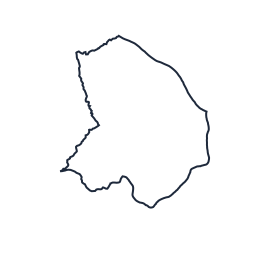 the district of Xienghone, Xaignabouri, Laos, rotated 125°
{"feature_id": "54806243B61496088664088", "entity_name": "Xienghone", "entity_type": "district", "adm_level": 2, "iso_a3": "LAO", "parent_name": "Laos", "parent_adm1": "Xaignabouri", "projection": "mercator", "projection_center": [100.862, 19.697], "detail": "fine", "context": "isolated", "style": "outline", "palette": "slate", "viewbox_px": 256, "rotation_deg": 125, "n_neighbors": 0, "source": "geoboundaries", "source_scale": "gbopen_adm2", "svg_char_len": 5735}
<svg xmlns="http://www.w3.org/2000/svg" viewBox="0 0 256 256"><g transform="rotate(125 128 128)"><path d="M57.8,188.4L58.6,188.5L59.7,189.4L60.6,189.5L61.2,189.4L62.4,190.3L63.5,191.6L65.3,192.1L65.9,192.2L66.0,193.6L67.0,194.1L68.5,194.2L69.7,194.4L71.7,193.8L72.8,195.7L73.2,196.0L73.6,196.0L74.1,195.7L76.2,196.8L77.3,197.3L79.2,197.5L79.6,198.1L80.5,198.1L84.0,200.0L84.7,201.4L85.2,201.9L86.5,202.7L88.1,203.4L90.2,203.3L90.7,203.2L91.6,204.3L91.8,204.6L90.7,205.9L90.2,206.4L91.4,207.4L93.1,207.6L93.5,209.0L93.6,210.9L93.5,212.2L95.0,213.2L96.0,213.5L97.6,211.9L99.4,210.5L100.2,209.6L100.7,208.9L100.7,208.1L103.3,204.9L104.9,203.0L105.7,202.6L107.0,202.5L108.5,201.2L110.2,199.6L111.9,198.4L113.3,197.9L114.4,194.6L115.7,193.9L116.5,192.7L116.7,191.8L117.1,190.8L117.5,190.3L118.2,190.3L119.0,189.9L119.8,188.2L120.1,187.7L121.2,187.1L121.8,186.5L122.1,185.0L123.2,183.3L123.9,182.2L124.9,181.0L125.3,180.1L125.6,179.9L126.4,179.6L127.6,179.4L129.1,178.9L130.1,178.1L130.4,177.3L130.1,176.6L129.5,176.0L129.3,175.4L129.3,174.8L130.0,174.4L131.9,173.6L132.4,172.9L131.9,171.8L132.5,171.8L133.1,171.6L134.0,170.8L134.2,169.0L134.6,168.6L134.8,168.2L134.8,167.5L136.3,167.1L137.0,166.9L137.1,166.5L136.5,165.8L136.6,165.5L137.0,165.1L138.6,164.9L139.5,161.2L140.5,158.8L140.7,156.7L141.1,155.8L142.0,154.8L142.4,153.4L143.5,153.7L146.4,154.9L148.0,155.7L148.6,156.4L150.3,156.7L150.8,157.3L151.3,158.4L151.8,158.8L153.0,157.9L153.8,157.3L155.8,157.2L157.0,157.5L158.3,158.5L159.9,157.3L160.5,157.2L163.5,157.8L164.5,157.5L165.8,158.0L167.2,157.5L168.5,157.6L170.3,158.3L171.8,159.5L173.1,159.8L174.0,159.2L175.2,157.8L176.3,156.6L176.8,156.5L179.8,157.1L181.9,156.9L182.5,157.1L183.5,157.6L184.8,158.5L185.2,158.6L186.0,158.4L186.2,158.1L186.8,158.2L188.9,159.3L189.3,159.3L189.9,158.7L191.0,158.2L192.1,156.1L192.7,155.6L193.4,155.4L194.6,155.6L195.8,155.9L196.9,156.0L197.4,156.1L198.5,157.6L198.9,157.6L199.5,157.3L200.0,157.5L200.8,157.8L202.3,158.7L202.0,158.2L201.7,157.9L201.3,157.5L201.0,157.1L200.6,156.7L200.1,156.3L199.4,155.6L198.6,154.9L197.7,154.3L196.7,153.3L196.3,152.8L196.0,152.3L195.2,150.9L195.0,150.0L194.7,148.8L194.4,147.5L194.2,146.6L194.2,145.5L194.3,144.6L193.5,141.2L194.0,139.5L194.8,137.8L196.7,137.0L197.3,135.7L198.6,134.7L198.9,134.2L199.0,132.3L198.8,131.0L199.7,129.4L200.5,127.8L201.0,123.4L200.6,121.5L198.4,118.8L196.5,118.6L195.3,117.5L194.1,115.5L193.2,114.6L191.0,114.4L190.6,113.0L190.3,111.2L189.5,110.1L188.6,110.1L187.5,110.1L185.4,110.3L184.1,110.4L183.5,110.6L183.2,110.2L182.5,110.0L181.4,109.2L180.7,108.2L180.1,107.2L179.6,106.3L178.8,105.2L177.9,104.3L177.0,103.8L176.2,103.9L174.9,104.3L173.7,104.7L171.8,104.8L171.1,104.7L170.7,104.7L169.9,103.0L169.5,101.7L169.4,100.8L169.8,99.2L170.2,97.5L170.6,96.9L171.0,95.5L171.4,94.6L171.9,93.1L172.4,91.5L172.8,90.7L173.7,89.7L174.8,88.9L175.8,88.3L177.1,87.6L178.9,86.7L179.5,86.4L180.3,85.9L181.0,85.1L181.4,84.3L181.7,83.8L182.1,82.3L182.6,80.7L182.7,79.8L182.7,78.3L182.5,77.0L182.3,75.6L181.8,74.7L181.5,73.9L181.1,73.1L180.8,71.7L180.8,70.6L180.9,70.0L181.0,69.2L180.8,69.0L180.7,68.7L180.6,68.1L180.5,67.2L180.6,66.7L180.8,65.7L180.6,64.9L180.4,64.2L179.9,63.4L179.5,63.0L179.2,62.7L178.8,62.4L178.4,62.1L178.0,62.0L177.2,61.9L176.5,61.9L175.9,61.9L175.2,61.9L174.3,61.7L174.0,61.6L173.9,61.7L173.7,61.7L173.2,61.8L172.6,61.8L171.9,61.6L171.2,61.4L170.0,61.3L169.3,60.9L168.3,60.5L166.4,59.4L165.8,59.0L164.7,58.3L164.4,58.0L163.8,57.6L163.3,57.2L162.6,56.6L161.7,55.7L161.0,55.1L160.0,54.7L159.3,54.4L158.5,54.1L157.1,53.8L156.7,53.6L155.7,53.5L155.1,53.4L154.5,53.2L153.9,53.0L153.4,52.9L152.8,52.7L152.4,52.7L151.7,52.6L151.3,52.5L150.9,52.3L150.5,52.2L150.3,52.2L150.1,52.1L149.8,52.1L148.9,52.1L148.2,52.0L146.7,51.8L146.1,51.9L145.5,51.8L145.1,51.8L144.1,51.5L143.6,51.4L143.0,51.3L142.4,51.2L141.7,51.1L141.1,50.9L140.3,50.7L139.5,50.5L138.7,50.4L138.1,50.4L137.7,50.3L137.2,50.3L136.5,50.3L136.1,50.2L135.8,50.2L135.3,50.2L134.7,50.3L134.1,50.4L133.5,50.5L133.2,50.7L132.8,50.8L131.8,51.0L130.7,51.2L129.7,51.4L128.5,51.6L127.8,52.0L127.3,52.2L126.7,52.4L126.2,52.5L125.8,52.5L125.1,52.4L124.9,52.3L124.1,51.9L123.6,51.6L123.1,51.3L122.4,50.9L121.3,50.2L120.4,49.7L120.0,49.4L119.7,49.2L119.3,48.6L118.8,48.1L118.1,47.3L117.6,46.6L116.9,46.3L115.8,45.3L114.8,44.5L114.0,43.8L113.6,43.4L112.9,42.9L112.3,42.7L111.2,42.5L110.1,42.6L109.5,42.7L108.8,43.0L107.9,43.4L106.8,43.9L106.3,44.3L105.9,44.5L105.6,44.8L105.0,45.5L104.6,46.0L104.1,46.6L103.2,47.7L102.1,48.8L101.5,49.3L101.0,49.7L99.8,50.9L99.2,51.5L98.8,51.9L98.5,52.0L98.2,52.3L97.9,52.5L97.2,53.1L96.5,53.7L95.7,54.2L95.0,54.7L94.3,55.2L93.8,55.6L92.8,56.4L92.3,56.7L91.6,57.1L90.9,57.5L90.5,57.9L89.7,58.5L89.2,58.8L88.4,59.3L87.5,59.7L86.6,59.9L85.5,60.3L84.6,60.4L83.9,60.6L83.3,60.8L82.9,61.0L81.9,61.7L80.8,62.6L80.2,63.2L79.7,63.7L78.8,64.7L77.9,65.5L77.2,66.5L76.8,67.1L76.7,67.3L76.2,67.9L75.9,68.3L74.9,69.2L74.6,69.7L74.1,70.1L73.2,70.9L72.8,71.2L72.4,71.5L72.1,71.7L71.3,72.3L70.8,72.5L70.2,72.8L69.5,73.1L69.6,73.5L69.8,74.2L69.9,75.2L70.2,76.6L70.3,78.1L70.5,79.5L70.5,81.1L70.2,82.5L69.9,84.6L69.4,86.4L68.5,88.2L68.2,89.7L67.8,91.3L67.2,92.7L66.3,95.2L65.6,96.8L64.6,99.3L63.5,101.0L62.3,103.1L61.2,105.3L60.2,107.3L58.9,109.1L58.2,111.1L57.2,112.8L56.4,114.7L55.9,116.5L55.0,118.8L54.6,120.2L54.2,122.2L53.9,124.5L53.7,127.1L53.7,129.9L54.1,132.0L54.6,134.3L54.9,135.9L55.3,138.3L55.9,140.5L56.0,140.6L56.6,142.7L56.8,144.5L56.8,149.0L56.7,151.5L56.6,153.3L56.3,155.2L56.1,156.8L55.8,158.0L55.8,160.0L55.7,161.9L55.5,163.1L55.1,165.4L55.0,167.4L54.9,169.3L54.9,171.2L55.3,173.6L55.6,175.0L55.8,176.6L56.2,178.2L56.6,179.7L57.1,181.6L57.5,183.8L57.6,185.4L57.7,186.7L57.8,187.7L57.8,188.4Z" fill="none" stroke="#1e293b" stroke-width="2"/></g></svg>